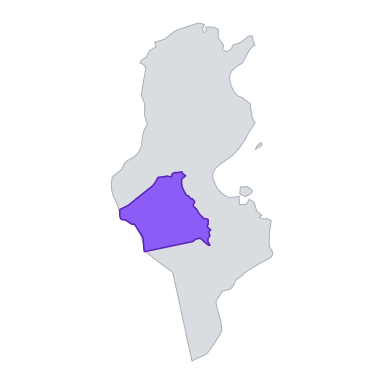 Kebili highlighted on a map of Tunisia
{"feature_id": "TUN-97", "entity_name": "Kebili", "entity_type": "Governorate", "adm_level": 1, "iso_a3": "TUN", "parent_name": "Tunisia", "parent_adm1": "", "projection": "robinson", "projection_center": [9.372, 33.366], "detail": "fine", "context": "in_parent", "style": "filled", "palette": "violet", "viewbox_px": 384, "rotation_deg": 0, "n_neighbors": 0, "source": "natural_earth", "source_scale": "10m", "svg_char_len": 4522}
<svg xmlns="http://www.w3.org/2000/svg" viewBox="0 0 384 384"><path d="M271.1,220.5L271.0,221.8L269.7,230.8L269.4,234.0L269.2,239.5L269.2,246.2L272.5,251.8L272.6,254.2L271.3,257.1L265.5,260.3L257.9,264.5L251.4,268.5L244.3,272.9L242.1,275.7L238.6,277.9L235.6,280.1L235.1,282.2L233.0,286.1L230.3,289.3L223.5,290.8L222.2,291.7L219.1,296.5L217.7,298.3L215.9,302.2L218.2,312.4L221.1,322.8L221.6,327.1L221.6,330.7L220.0,334.6L216.4,340.2L213.7,344.3L208.6,351.6L207.1,353.4L203.6,355.6L196.8,358.4L192.0,361.0L189.5,349.7L187.4,340.2L185.7,332.2L182.7,318.3L180.1,306.5L177.6,294.7L175.2,284.0L172.9,273.3L171.9,271.7L164.9,266.6L158.5,262.0L151.8,256.6L144.5,250.9L143.4,243.6L139.7,232.6L135.8,226.5L134.3,224.9L126.4,221.0L121.9,218.1L120.6,216.4L119.8,211.9L116.6,203.1L112.9,195.0L111.6,189.6L111.4,182.7L112.2,177.8L113.8,175.6L121.6,169.5L125.2,162.1L129.6,159.3L133.4,157.2L136.5,154.8L139.3,150.8L141.4,146.7L141.8,142.2L142.7,135.0L144.1,130.0L147.3,124.3L146.0,119.8L144.3,114.9L144.8,106.4L144.4,103.0L143.0,99.9L141.6,96.0L141.6,92.7L143.0,84.2L144.1,77.6L145.8,69.1L145.2,66.8L144.0,65.0L140.3,63.1L140.2,62.0L141.1,60.7L146.6,56.6L149.6,50.5L152.0,49.3L155.8,47.1L155.6,44.7L154.8,42.2L164.5,39.3L173.8,31.8L177.0,30.0L198.4,23.0L201.2,23.5L204.3,24.5L203.4,27.1L202.2,29.2L204.0,32.8L206.6,30.6L205.9,29.1L205.8,27.1L210.2,27.0L214.1,27.3L218.4,29.4L218.1,37.6L223.8,45.6L222.3,49.5L226.9,51.9L231.1,49.1L233.2,44.9L240.8,42.5L248.0,36.4L252.1,35.7L253.0,40.8L255.0,45.2L252.2,46.7L248.7,51.4L242.2,63.2L236.1,66.7L231.5,71.3L230.0,74.5L229.6,78.3L230.8,85.1L234.1,91.9L238.0,96.1L241.8,97.4L250.5,104.0L250.4,107.9L251.7,112.5L252.2,118.1L255.2,122.6L248.8,132.4L245.3,139.5L238.4,149.3L232.2,155.7L218.9,165.1L215.7,168.3L213.6,171.5L212.6,174.9L213.0,178.9L217.4,188.7L223.2,194.5L229.1,197.6L239.4,196.4L239.1,200.2L239.8,204.7L244.0,204.5L246.8,203.8L249.2,199.4L254.2,202.4L256.9,211.6L261.2,214.5L261.7,215.5L260.2,216.2L259.0,217.3L260.3,218.0L264.4,219.2L266.9,218.5L271.1,220.5ZM249.2,194.8L248.1,195.0L246.2,196.3L245.2,196.5L242.3,195.0L241.2,195.0L239.8,194.0L240.2,188.5L240.7,186.9L247.7,186.7L251.5,190.0L252.2,190.9L252.3,191.8L250.6,193.7L249.2,194.8ZM261.6,145.7L255.5,149.2L256.7,146.2L260.7,142.6L261.7,143.4L261.6,145.7Z" fill="#d9dde1" stroke="#a8b0b8" stroke-width="1"/><path d="M133.1,224.3L132.2,224.3L131.4,224.0L130.6,223.6L126.2,220.4L124.8,219.9L122.9,219.7L121.4,219.3L120.4,218.2L119.8,215.9L119.8,209.6L120.4,209.2L128.1,205.4L152.7,185.7L154.9,183.0L158.1,177.3L164.9,176.6L166.4,176.0L166.7,176.0L167.0,176.0L168.5,176.4L171.0,176.6L171.3,176.6L171.5,176.5L171.7,176.3L171.8,176.2L171.9,175.8L171.9,174.7L172.0,174.4L172.0,174.2L172.2,173.8L172.3,173.7L172.5,173.5L173.4,173.1L174.9,172.5L175.3,172.4L176.0,172.6L176.6,172.7L181.9,171.8L182.2,172.7L182.5,173.3L183.2,174.0L183.4,174.2L185.3,175.3L185.4,175.5L185.5,175.7L185.4,175.9L185.3,176.0L184.6,176.7L183.1,177.8L182.4,178.4L182.2,178.6L182.1,178.8L181.9,179.1L181.8,179.4L181.6,181.3L181.6,183.4L181.9,185.5L182.4,187.3L183.1,189.0L184.1,191.2L186.2,194.9L186.3,195.1L186.5,195.2L186.7,195.3L188.4,196.0L188.8,196.3L189.2,196.5L189.3,196.7L189.6,197.1L190.1,198.1L190.2,198.3L190.4,198.4L190.6,198.6L190.8,198.7L191.1,198.7L191.7,198.6L191.9,198.6L192.0,198.6L192.2,198.8L194.1,200.8L194.5,201.3L194.6,201.6L194.7,201.8L194.6,202.0L194.6,202.4L194.3,203.0L194.2,203.2L193.3,204.7L193.2,204.9L193.1,205.2L193.1,205.7L193.2,205.9L193.3,206.2L196.5,209.1L197.0,209.8L198.6,212.8L199.1,213.6L200.7,215.3L203.1,217.8L203.8,218.4L204.7,218.7L205.4,218.9L205.7,218.9L206.1,218.9L206.4,218.9L206.8,219.0L207.6,219.2L207.9,219.5L208.1,219.7L208.2,219.8L208.2,220.0L208.2,223.6L208.2,223.9L208.1,224.3L207.5,225.6L207.3,226.3L207.3,226.5L207.3,226.8L207.5,227.0L207.7,227.3L207.9,227.4L209.5,228.7L210.5,229.7L210.6,230.1L210.6,230.3L210.1,230.6L209.6,230.7L209.4,230.8L209.2,231.1L209.0,231.4L209.0,231.6L209.0,232.4L209.2,234.0L209.3,234.3L209.6,234.8L209.8,235.2L209.9,235.5L209.8,235.9L209.3,236.6L208.3,237.8L208.2,238.0L208.0,239.2L207.9,241.1L208.0,241.5L209.6,244.6L209.7,244.8L209.9,245.1L209.7,245.3L209.4,245.4L209.2,245.4L208.6,245.2L207.6,244.6L203.3,241.1L202.0,239.5L201.8,239.4L201.5,239.1L201.2,238.9L200.4,238.6L199.8,238.5L199.3,238.4L198.0,238.6L197.0,238.8L196.0,239.1L195.2,239.6L193.6,241.0L193.1,241.3L192.1,241.7L145.2,251.5L144.5,251.7L144.4,251.6L144.0,250.1L143.6,245.1L143.1,238.5L142.6,236.9L138.5,230.6L134.8,224.7L133.9,224.1L133.1,224.3Z" fill="#8b5cf6" stroke="#5b21b6" stroke-width="1.5"/></svg>